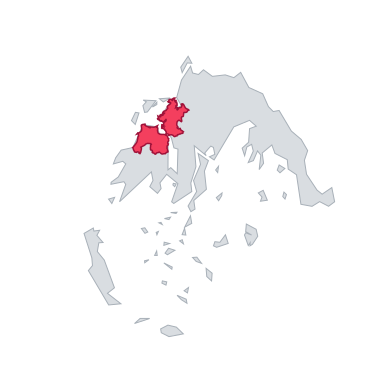 location of Dytiki Ellada within Greece, rotated 64°
{"feature_id": "GRC-2886", "entity_name": "Dytiki Ellada", "entity_type": "Region", "adm_level": 1, "iso_a3": "GRC", "parent_name": "Greece", "parent_adm1": "", "projection": "equal_earth", "projection_center": [21.414, 38.264], "detail": "fine", "context": "in_parent", "style": "filled", "palette": "rose", "viewbox_px": 384, "rotation_deg": 64, "n_neighbors": 0, "source": "natural_earth", "source_scale": "10m", "svg_char_len": 9565}
<svg xmlns="http://www.w3.org/2000/svg" viewBox="0 0 384 384"><g transform="rotate(64 192 192)"><path d="M249.3,64.4L263.3,68.1L264.7,75.5L256.6,81.5L257.5,90.4L250.8,99.5L222.3,90.5L213.6,95.5L204.7,92.2L193.7,100.5L184.7,99.6L187.7,111.8L197.6,115.1L201.3,121.8L189.1,114.0L183.8,115.1L190.7,123.1L190.2,128.6L182.1,119.0L175.3,117.5L175.6,123.0L182.5,128.8L174.6,127.7L172.1,119.3L160.3,112.5L161.0,105.4L152.8,108.9L151.8,125.9L172.9,158.1L168.0,160.9L168.2,155.0L161.3,153.2L159.0,155.0L160.3,158.3L162.6,163.5L165.5,163.3L151.4,169.7L171.0,177.4L183.4,189.1L191.5,192.0L194.3,213.4L191.9,214.6L178.3,201.0L165.0,207.0L169.7,216.8L175.4,218.3L178.1,223.6L168.7,227.6L164.5,222.0L156.1,219.7L169.0,261.4L156.1,248.2L152.9,248.7L149.5,261.5L147.8,260.4L146.2,251.7L137.7,239.2L134.1,240.7L132.3,250.4L127.8,245.6L123.3,237.3L126.1,225.6L110.1,206.5L118.1,194.9L125.4,195.7L130.2,190.0L133.9,190.2L161.6,203.9L160.8,200.4L169.1,197.3L147.3,185.8L144.4,188.9L134.2,186.8L120.1,190.2L116.1,184.0L115.3,188.2L111.8,189.3L100.0,169.4L109.8,168.6L110.0,163.6L100.4,164.4L86.8,152.4L78.3,138.1L85.3,139.3L89.2,134.7L87.2,128.1L97.0,123.0L101.3,110.8L107.6,104.2L105.8,95.8L123.0,95.1L134.7,85.4L148.8,85.9L155.3,83.7L156.9,78.0L180.8,76.0L192.6,70.8L205.5,69.9L212.8,77.1L226.3,81.3L245.1,78.8L251.0,76.0L249.3,64.4ZM189.3,296.5L198.4,294.1L196.8,298.0L204.0,303.2L214.7,300.7L244.1,303.7L246.0,312.4L261.3,304.9L257.0,316.4L217.2,319.6L214.5,313.7L207.3,310.9L181.9,307.2L181.1,296.5L184.1,297.3L185.9,291.8L189.3,296.5ZM171.0,163.5L178.7,171.7L195.9,177.9L200.4,194.1L208.7,196.8L209.2,201.6L202.9,201.7L193.6,187.6L182.4,185.6L170.9,172.2L160.0,169.6L171.0,163.5ZM260.6,152.3L265.5,160.6L265.8,163.5L263.0,161.9L264.8,164.9L253.7,163.7L252.2,161.7L256.8,157.3L251.1,161.1L244.6,157.2L253.6,150.7L260.6,152.3ZM305.0,281.3L301.3,280.2L301.1,272.0L306.6,265.3L315.7,262.0L311.9,276.1L305.0,281.3ZM252.5,194.1L249.8,196.3L246.7,193.2L249.4,189.0L245.1,180.7L254.1,182.0L252.5,194.1ZM94.1,184.4L100.5,197.0L99.7,199.7L92.9,198.3L90.9,193.5L88.0,195.6L94.1,184.4ZM80.4,148.5L74.9,147.4L68.3,136.0L76.2,135.7L73.9,139.7L80.4,148.5ZM232.4,127.9L230.3,134.5L227.2,131.3L221.9,132.8L221.7,127.3L232.4,127.9ZM273.8,209.5L280.5,213.4L274.5,215.8L266.8,212.8L273.8,209.5ZM213.3,104.5L209.7,105.8L205.9,101.8L211.6,98.2L213.3,104.5ZM97.7,205.0L106.4,213.4L101.3,215.1L95.6,207.9L97.7,205.0ZM237.6,241.6L235.1,243.0L232.3,237.7L236.9,232.9L237.6,241.6ZM220.1,206.0L220.4,214.0L212.7,203.8L220.1,206.0ZM287.1,285.5L285.0,301.3L282.9,294.1L287.1,285.5ZM98.5,178.3L93.9,180.4L97.9,170.5L98.5,178.3ZM167.2,269.1L161.8,270.1L162.9,263.9L167.2,269.1ZM278.3,250.7L285.8,244.2L289.8,245.3L284.1,248.8L278.3,250.7ZM251.1,220.2L252.7,216.2L260.3,214.7L256.2,218.7L251.1,220.2ZM228.5,234.7L227.6,240.7L224.9,239.0L228.5,234.7ZM228.0,216.4L226.0,219.6L221.4,214.6L228.0,216.4ZM211.5,171.9L207.7,172.6L206.0,165.4L208.3,166.9L211.5,171.9ZM239.1,111.5L235.9,112.4L232.4,109.4L235.7,108.2L239.1,111.5ZM208.6,249.3L208.5,252.4L202.6,253.5L203.5,250.1L208.6,249.3ZM252.6,244.0L243.4,248.4L250.8,242.7L252.6,244.0ZM204.3,215.7L201.1,220.2L203.6,214.4L204.3,215.7ZM234.9,222.4L230.5,224.6L230.6,221.7L234.9,222.4ZM264.3,256.2L260.7,259.0L258.9,257.6L261.7,254.1L264.3,256.2ZM280.7,240.3L277.3,242.4L276.3,237.0L280.7,240.3ZM206.7,224.8L203.8,228.4L205.2,222.3L206.7,224.8ZM98.0,185.3L98.3,190.3L95.8,184.2L98.0,185.3ZM233.8,251.1L232.6,253.4L229.5,249.6L233.8,251.1ZM185.8,160.4L182.6,161.1L180.5,156.9L185.8,160.4ZM179.7,205.2L177.3,206.1L176.0,205.0L177.8,202.7L179.7,205.2ZM208.2,233.0L205.2,235.3L205.7,233.2L208.2,233.0ZM234.0,260.4L234.9,265.5L233.0,264.8L234.0,260.4ZM215.1,242.3L212.6,241.9L212.7,239.5L215.1,242.3Z" fill="#d9dde1" stroke="#a8b0b8" stroke-width="1"/><path d="M126.1,225.9L125.9,225.3L124.0,221.3L122.9,219.6L122.3,219.0L119.9,217.1L119.3,216.8L118.9,216.5L118.4,215.7L118.1,215.4L116.4,214.9L115.8,215.1L115.7,216.1L115.5,215.7L115.5,215.3L115.4,215.0L115.1,214.8L115.5,214.0L115.6,213.4L115.5,212.7L115.0,211.0L114.7,210.5L114.3,210.2L113.1,209.5L110.1,208.5L109.8,208.3L109.6,207.8L109.8,207.3L109.6,207.0L110.4,204.4L110.6,204.4L111.3,205.0L112.5,204.4L113.8,203.3L114.5,202.3L114.9,202.5L115.3,202.2L115.6,201.9L115.9,201.6L115.9,201.3L115.8,201.2L115.7,201.0L115.4,201.2L115.1,201.4L114.9,201.6L114.7,201.8L116.0,199.7L117.1,197.8L117.2,197.4L117.3,196.9L117.3,194.6L117.3,194.0L117.6,194.4L118.0,195.1L118.3,195.3L118.3,194.9L118.2,194.5L118.1,194.3L118.2,194.5L118.6,194.7L119.1,194.8L119.7,194.8L120.1,195.0L121.6,196.1L123.8,196.6L124.4,196.5L125.0,196.2L125.9,195.6L126.7,194.6L127.8,192.2L128.5,191.2L130.6,189.8L130.9,189.5L132.8,189.9L133.4,189.9L133.7,189.8L133.9,189.6L134.2,189.9L134.6,190.1L135.0,190.3L135.4,190.4L135.8,190.5L136.0,190.9L136.1,191.3L136.3,191.7L136.6,192.0L137.5,192.4L137.8,192.5L138.0,192.4L138.3,192.3L138.5,192.2L138.7,192.5L138.9,192.7L139.1,192.8L139.3,193.0L139.6,193.9L139.8,194.3L140.1,194.4L141.1,194.8L141.3,195.1L141.5,195.3L142.6,195.3L143.8,195.7L144.2,195.9L144.7,195.6L145.2,195.9L145.5,196.2L145.3,196.7L145.2,197.7L145.9,199.0L145.1,200.9L145.1,201.4L144.9,201.9L144.6,202.4L144.1,202.8L141.9,203.8L141.7,204.2L141.8,204.9L141.7,205.5L141.4,206.0L141.4,207.0L141.8,207.5L142.0,208.0L141.8,208.6L140.2,209.3L139.5,210.2L138.9,210.4L138.5,210.2L138.3,209.7L137.3,209.6L136.8,209.8L136.1,210.7L135.6,210.7L133.6,209.8L132.7,209.1L131.7,208.7L131.4,207.7L130.4,207.9L128.8,210.7L128.6,212.3L129.2,214.1L129.3,218.3L129.7,218.3L130.3,218.2L131.2,218.6L133.9,220.8L134.7,221.9L134.4,222.3L133.9,222.6L133.3,222.0L132.8,222.5L132.0,223.4L131.9,223.9L132.1,224.4L131.1,225.8L130.5,226.1L129.6,225.9L128.5,226.1L126.6,225.7L126.1,225.9ZM130.9,187.7L130.8,187.4L130.6,187.3L130.4,187.4L129.0,188.6L128.8,189.0L128.7,189.8L128.4,190.0L127.8,189.6L127.1,188.9L125.4,188.9L124.9,189.0L124.5,189.2L124.1,189.3L123.7,189.1L121.9,190.5L121.6,191.2L121.4,191.2L121.1,191.0L120.7,190.9L120.4,190.8L120.2,190.8L120.0,190.5L118.8,189.9L119.3,189.7L119.8,190.0L120.2,190.4L120.6,190.7L120.6,190.4L120.5,190.2L120.4,190.1L120.4,189.9L120.6,189.6L120.3,189.4L120.2,189.4L120.2,189.1L120.3,189.1L120.6,188.9L120.0,188.9L120.2,188.3L119.9,188.5L119.7,188.5L119.3,188.3L119.1,188.5L118.7,188.6L118.8,187.9L118.5,187.5L117.9,187.3L117.4,187.3L117.2,187.0L116.9,184.7L116.3,184.0L116.0,183.7L115.8,183.6L115.7,183.7L115.4,183.7L115.5,184.0L116.7,186.0L116.3,186.0L116.5,186.3L116.4,186.7L116.3,187.1L116.2,187.4L116.0,187.6L115.7,187.6L115.1,188.0L114.9,188.1L115.0,188.3L114.9,188.6L114.5,188.4L114.3,188.5L114.2,188.7L114.2,188.9L114.4,189.0L114.2,189.3L113.7,189.6L113.4,189.9L113.2,189.9L112.7,189.9L112.4,189.7L112.2,189.5L111.8,189.9L111.9,190.0L112.1,190.1L112.3,190.2L111.8,190.3L111.6,190.5L111.6,190.9L111.0,190.9L110.8,190.5L110.8,190.0L110.6,189.6L110.3,189.5L109.4,189.5L109.0,189.4L109.4,189.2L109.6,189.0L109.7,188.8L109.6,188.3L109.3,188.5L109.2,188.6L109.5,188.0L109.6,187.8L109.5,188.1L109.8,188.2L110.2,188.0L110.4,187.7L110.6,187.3L110.1,186.9L109.9,186.9L109.6,187.3L109.3,187.1L109.1,186.9L108.9,186.5L108.8,186.0L108.9,185.9L109.0,185.9L109.0,185.7L109.3,186.1L109.6,186.3L109.9,186.2L110.0,185.7L109.6,186.0L109.8,185.5L109.5,184.8L109.6,184.5L109.6,184.2L109.4,184.2L109.2,184.1L108.9,184.0L109.1,183.8L109.2,183.7L109.4,183.7L109.2,183.5L109.0,183.4L109.3,182.8L109.4,182.5L109.3,182.3L109.1,182.1L108.9,182.3L108.6,182.5L108.4,182.7L108.3,182.8L107.9,183.1L107.6,183.2L107.4,182.7L107.1,182.2L107.1,181.8L107.3,180.2L107.3,179.4L106.7,178.7L106.3,177.3L106.0,177.0L104.9,177.0L104.5,176.8L104.2,176.5L104.0,176.0L103.3,173.0L103.0,172.4L102.6,172.1L102.2,172.2L101.8,172.7L101.4,173.2L101.2,173.6L101.0,173.2L100.9,173.3L100.7,173.5L100.4,173.4L100.1,173.7L100.0,173.2L99.9,172.9L98.9,172.1L98.9,171.8L99.1,171.4L99.2,170.7L99.5,170.1L100.0,169.8L100.6,169.8L100.9,169.8L101.1,169.7L101.0,169.4L100.8,169.2L100.5,169.1L99.9,168.8L99.7,168.2L99.6,167.5L99.7,166.9L100.1,166.2L100.2,166.5L100.4,167.1L100.9,167.5L101.4,167.6L101.9,167.4L102.3,166.8L102.6,166.2L102.8,166.2L102.9,166.5L103.0,166.7L102.9,166.8L102.9,167.0L103.0,167.1L102.8,167.5L103.4,167.5L103.9,167.4L104.2,167.1L104.4,166.4L104.6,166.4L104.8,166.8L105.1,166.8L105.5,166.7L105.9,166.7L106.3,166.8L106.6,167.0L106.9,167.2L107.4,167.2L107.5,167.5L107.4,168.0L107.4,168.5L107.6,168.8L108.0,168.9L108.4,169.1L109.1,169.8L109.1,169.4L109.3,169.1L109.5,169.0L109.5,168.8L109.2,168.3L109.5,168.0L110.1,168.1L110.5,168.4L111.2,169.2L111.2,169.3L111.4,169.4L111.5,169.4L111.8,169.0L111.6,168.8L111.5,168.6L111.4,168.0L111.2,168.0L111.0,167.9L110.7,167.3L110.6,166.9L110.8,166.4L110.7,166.1L110.8,165.8L111.0,165.6L111.2,164.8L110.5,163.8L109.1,162.3L108.9,162.6L108.8,162.8L108.8,163.1L108.9,163.3L108.5,163.2L108.4,163.2L108.3,162.8L108.6,161.8L109.1,161.4L109.6,161.2L113.2,161.1L113.7,161.0L114.8,160.4L116.3,159.1L117.0,158.9L117.0,160.1L117.7,161.2L117.9,161.7L117.8,162.2L117.8,162.7L117.0,164.2L117.2,164.7L120.0,166.5L120.2,167.1L120.0,168.1L120.2,168.7L120.6,169.0L121.1,169.1L121.5,169.5L123.1,169.8L124.0,170.3L124.1,170.8L122.4,171.7L121.9,172.1L121.7,172.7L121.8,173.2L122.2,174.3L122.6,174.8L124.2,175.9L125.1,176.3L126.1,176.4L127.7,176.1L128.0,176.7L127.9,177.2L128.5,177.1L129.6,176.2L129.5,175.2L129.7,174.7L131.2,174.9L132.3,174.3L132.8,173.9L134.0,173.4L134.0,173.7L135.1,174.4L135.1,174.9L134.7,175.8L134.8,176.9L134.4,177.9L134.6,179.0L134.2,179.5L134.2,180.0L135.0,180.9L134.6,182.0L134.7,183.1L134.4,183.6L133.9,183.9L132.8,184.2L131.6,185.2L131.1,186.4L131.1,187.1L130.9,187.7Z" fill="#f43f5e" stroke="#9f1239" stroke-width="1.5"/></g></svg>